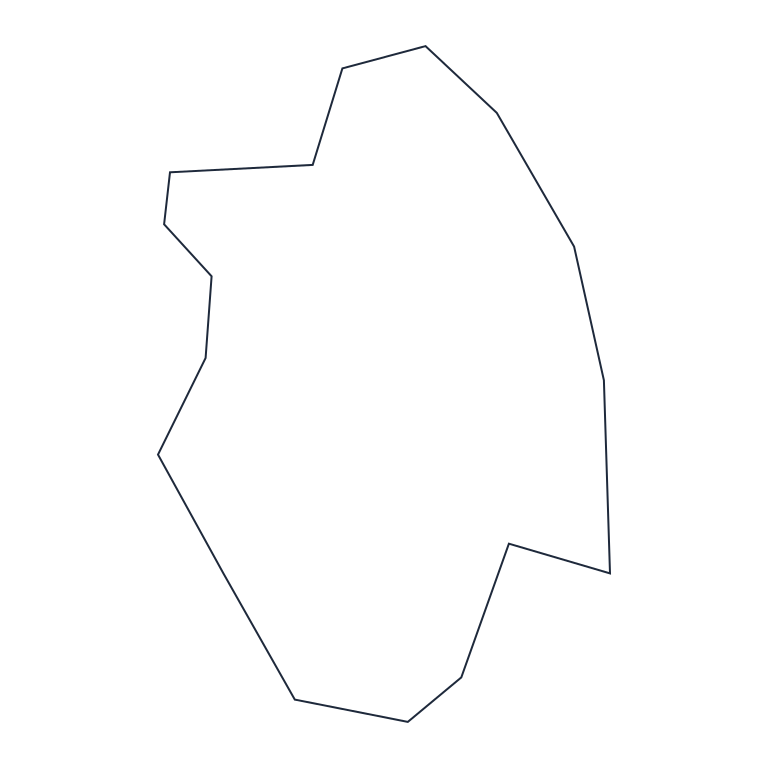 the Urban county of Veszprém
{"feature_id": "HUN-4909", "entity_name": "Veszprém", "entity_type": "Urban county", "adm_level": 1, "iso_a3": "HUN", "parent_name": "Hungary", "parent_adm1": "", "projection": "robinson", "projection_center": [17.909, 47.119], "detail": "fine", "context": "isolated", "style": "outline", "palette": "slate", "viewbox_px": 768, "rotation_deg": 0, "n_neighbors": 0, "source": "natural_earth", "source_scale": "10m", "svg_char_len": 340}
<svg xmlns="http://www.w3.org/2000/svg" viewBox="0 0 768 768"><path d="M425.5,46.1L496.8,112.9L574.1,246.6L603.9,380.3L610.0,573.4L508.9,543.7L461.3,677.4L407.8,721.9L294.8,699.6L223.4,573.4L158.0,454.6L205.6,358.0L211.6,276.3L164.1,224.3L170.0,172.3L312.7,164.9L342.4,68.4L425.5,46.1Z" fill="none" stroke="#1e293b" stroke-width="2"/></svg>